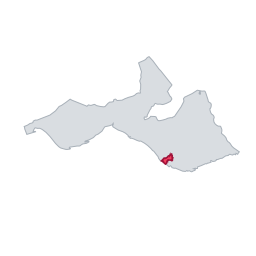 Moma, Nampula, Mozambique shown in context, rotated 72°
{"feature_id": "85939544B26201267157646", "entity_name": "Moma", "entity_type": "district", "adm_level": 2, "iso_a3": "MOZ", "parent_name": "Mozambique", "parent_adm1": "Nampula", "projection": "orthographic", "projection_center": [39.158, -16.396], "detail": "fine", "context": "in_parent", "style": "filled", "palette": "rose", "viewbox_px": 256, "rotation_deg": 72, "n_neighbors": 0, "source": "geoboundaries", "source_scale": "gbopen_adm2", "svg_char_len": 5861}
<svg xmlns="http://www.w3.org/2000/svg" viewBox="0 0 256 256"><g transform="rotate(72 128 128)"><path d="M82.7,174.1L84.2,172.8L94.1,160.9L94.7,160.4L93.8,158.5L95.1,156.3L95.1,152.8L95.5,152.2L97.0,151.0L99.1,147.4L100.4,144.5L100.5,143.2L98.4,139.5L97.7,137.5L98.2,135.7L98.4,134.0L98.1,133.5L96.8,132.9L96.6,132.1L96.6,131.3L96.8,130.8L98.3,130.0L98.6,129.5L99.7,125.1L99.2,121.8L99.0,118.0L99.2,114.0L99.0,111.8L97.9,109.3L97.8,107.4L98.4,106.1L98.5,105.3L96.2,105.0L94.9,104.0L90.4,102.4L86.9,102.3L83.9,99.9L81.7,99.5L78.7,97.8L69.6,97.8L69.2,97.6L68.7,92.0L68.3,90.1L67.1,88.2L66.7,86.8L66.7,85.9L71.7,83.6L81.5,80.3L83.7,79.2L100.5,72.9L101.0,73.2L102.8,76.1L105.7,79.4L106.4,78.9L110.5,78.3L111.1,77.8L112.3,77.5L113.7,77.3L114.2,77.5L115.8,79.5L116.4,83.4L116.5,86.0L116.4,87.9L115.2,90.1L114.4,92.8L113.1,94.3L113.2,95.0L114.7,96.6L115.0,97.3L114.9,98.7L115.2,99.3L116.5,100.1L117.5,101.5L121.3,105.3L122.2,106.0L123.0,106.2L123.3,106.9L123.2,107.9L122.6,108.4L122.8,109.1L123.5,109.7L125.2,109.5L125.4,109.3L125.3,105.8L124.6,103.8L123.9,102.9L125.3,99.1L126.0,98.0L128.8,97.6L130.0,97.2L130.5,96.7L130.9,95.5L131.2,92.2L131.3,89.1L131.0,87.2L131.3,84.4L131.9,82.7L131.6,82.4L131.3,80.1L124.2,70.9L120.2,66.9L119.6,66.5L117.3,66.2L116.2,64.7L115.1,56.4L113.5,50.4L115.7,46.4L116.5,43.8L116.9,43.4L118.9,43.2L125.8,43.2L127.5,43.4L128.3,43.1L130.1,41.6L131.6,41.6L133.6,42.5L134.7,43.4L134.9,44.1L136.3,44.5L138.8,44.6L140.6,44.2L141.7,43.3L142.9,42.8L144.1,42.7L145.1,43.0L145.7,43.7L147.0,44.1L148.8,44.4L150.8,44.0L152.9,42.8L154.1,41.6L154.8,39.7L155.2,39.4L158.2,39.2L159.8,39.6L161.9,40.8L165.5,38.6L167.7,37.8L169.9,37.8L171.7,37.3L173.1,36.2L174.5,35.6L177.5,34.8L179.5,33.7L185.1,29.5L185.8,30.7L186.9,31.8L185.4,33.1L186.7,33.9L185.7,35.0L185.6,35.9L186.1,36.7L185.4,38.0L184.6,39.0L184.4,39.8L185.1,41.2L184.7,43.7L185.9,47.9L185.5,49.3L185.7,52.5L185.3,53.7L186.0,54.1L186.4,55.4L186.1,57.7L184.8,58.7L184.7,59.6L186.2,59.6L186.2,62.5L186.0,63.3L186.4,64.3L185.9,65.3L186.4,69.9L186.5,73.3L186.5,73.8L187.9,74.4L187.8,75.3L187.0,76.5L187.0,78.2L188.0,76.8L188.5,76.9L189.0,77.4L189.0,79.4L189.3,80.4L189.2,81.3L187.6,82.9L187.5,84.6L186.9,84.8L186.6,85.2L187.0,86.1L187.0,86.9L185.9,89.4L180.7,95.5L180.6,96.5L179.3,98.4L177.8,98.7L177.0,99.3L177.6,100.9L170.7,105.2L170.0,105.8L168.9,107.4L166.6,108.2L164.1,108.3L163.7,108.6L158.1,110.6L157.0,111.6L154.7,112.5L150.9,114.6L147.9,116.7L144.4,119.8L144.0,121.4L142.4,123.5L140.0,126.1L138.6,128.2L138.5,129.1L137.6,129.4L136.9,128.6L136.6,130.3L136.0,130.4L135.3,130.1L132.3,131.9L130.0,134.0L126.9,138.0L122.3,141.9L121.2,142.0L119.7,140.7L118.9,140.6L120.1,142.1L120.1,145.3L119.7,149.1L119.8,149.9L123.0,153.8L124.6,158.4L124.8,160.8L126.4,163.8L127.2,168.4L127.2,172.7L127.9,173.4L128.2,172.8L128.2,170.1L128.6,169.3L129.1,169.4L129.5,170.9L129.7,172.4L129.2,175.8L129.4,177.1L130.2,179.4L129.4,182.1L128.2,189.4L128.5,189.9L129.2,190.0L129.5,189.2L129.9,189.2L130.1,189.7L129.6,192.5L129.1,193.8L127.1,196.9L126.1,198.3L124.4,199.6L120.3,201.7L112.0,204.8L106.8,207.3L102.8,210.1L101.0,212.0L100.4,214.1L99.1,216.3L100.4,218.1L102.0,219.3L102.6,217.2L103.0,217.1L102.8,226.2L97.1,226.5L95.4,226.2L94.5,226.3L94.2,222.6L93.4,219.8L93.6,217.8L93.4,216.7L92.2,216.0L91.8,213.8L92.4,212.1L91.6,198.3L89.3,191.6L86.2,186.8L86.0,184.4L84.4,179.0L82.7,174.1ZM117.3,49.8L118.0,49.4L118.2,48.7L117.7,48.4L117.3,48.5L117.1,49.6L117.3,49.8ZM116.8,48.5L116.2,48.0L115.8,48.2L115.6,48.6L116.1,49.2L116.6,49.2L116.8,48.5Z" fill="#d9dde1" stroke="#a8b0b8" stroke-width="1"/><path d="M172.7,96.4L172.7,96.2L172.6,95.9L172.4,95.8L172.3,95.7L172.1,95.8L171.9,95.9L171.6,95.8L171.4,95.8L171.4,95.7L171.5,95.5L171.4,95.5L171.3,95.4L171.2,95.4L171.0,95.2L171.0,95.3L170.9,95.2L170.9,95.3L170.7,95.3L170.4,95.2L170.1,95.2L170.1,94.9L169.9,94.9L169.9,94.7L169.7,94.8L169.4,94.8L169.1,95.0L168.9,95.0L168.9,94.9L168.7,94.9L168.4,94.8L168.5,94.8L168.4,94.8L168.4,94.7L168.2,94.7L167.9,94.4L167.7,94.4L167.4,94.5L167.2,94.6L166.9,94.7L166.9,94.8L166.7,94.8L166.5,94.7L166.5,94.8L166.4,94.8L166.4,94.7L166.2,94.7L166.1,94.8L166.3,94.8L166.4,95.0L166.5,95.0L166.5,95.3L166.4,95.4L166.4,95.5L166.5,95.6L166.4,95.6L166.5,95.7L166.7,95.8L166.8,95.9L166.8,96.0L166.7,96.1L166.8,96.1L167.0,96.2L167.0,96.3L166.9,96.5L167.0,96.7L167.0,96.8L167.1,97.0L167.3,97.2L167.2,97.2L167.1,97.4L167.0,97.5L167.0,97.9L167.0,98.0L167.1,98.4L167.2,98.5L167.3,98.7L167.3,98.8L167.4,99.0L167.5,99.0L167.9,99.3L167.8,99.5L168.0,99.7L168.0,99.8L168.0,100.0L168.1,100.3L168.1,100.5L168.3,100.7L168.4,100.8L168.4,101.0L168.4,101.3L168.2,101.4L168.2,101.5L168.3,101.7L168.3,101.8L168.4,102.0L168.2,102.1L167.9,102.2L167.9,102.3L167.9,102.5L167.9,102.8L167.8,103.0L167.8,103.3L167.9,103.5L168.0,103.6L168.3,103.6L168.4,103.8L168.5,103.8L168.5,104.0L168.5,104.3L168.6,104.5L168.8,104.6L168.8,104.8L168.8,105.0L169.0,105.1L169.2,105.3L169.3,105.4L169.3,105.5L169.5,105.7L169.5,105.8L169.4,105.9L169.4,106.0L169.5,106.2L169.5,106.3L169.6,106.5L169.7,106.4L169.8,106.1L170.1,105.9L170.4,105.6L170.6,105.5L170.9,105.3L171.0,105.3L171.1,105.2L170.9,105.2L170.7,105.2L170.4,104.9L170.5,104.9L170.8,104.9L170.7,104.8L170.7,104.7L170.7,104.4L170.6,104.2L170.7,104.3L170.8,104.4L170.8,104.5L170.8,104.8L170.9,105.0L171.0,105.0L171.3,105.0L171.6,104.8L171.7,104.7L171.8,104.6L172.7,104.3L173.3,104.0L174.0,103.5L173.9,103.1L173.3,102.7L173.1,102.3L173.2,102.2L172.8,102.1L172.7,102.0L172.6,101.9L172.4,101.8L172.4,101.7L172.2,101.7L171.9,101.4L171.7,101.2L171.8,101.1L171.7,101.1L171.7,100.9L171.6,100.7L171.6,100.4L171.4,100.4L171.2,100.3L171.2,100.2L171.1,100.3L171.0,100.1L170.9,100.0L170.9,99.9L170.7,99.8L170.6,99.7L171.2,98.6L171.3,98.5L171.3,98.4L171.5,98.0L171.6,97.9L171.7,97.6L171.6,97.4L171.9,97.1L171.9,96.9L172.1,96.8L172.2,96.7L172.4,96.7L172.5,96.7L172.7,96.4L172.7,96.4Z" fill="#f43f5e" stroke="#9f1239" stroke-width="1.5"/></g></svg>